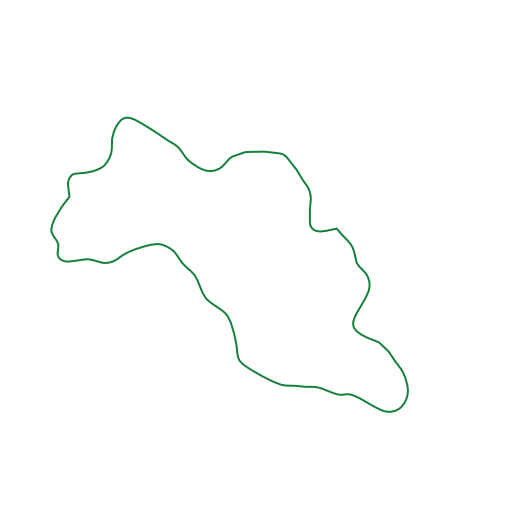 Los Alcarrizos, Santo Domingo, Dominican Republic (Albers equal-area conic projection), rotated 209°
{"feature_id": "3306468B82844411676159", "entity_name": "Los Alcarrizos", "entity_type": "district", "adm_level": 2, "iso_a3": "DOM", "parent_name": "Dominican Republic", "parent_adm1": "Santo Domingo", "projection": "albers", "projection_center": [-70.036, 18.529], "detail": "fine", "context": "isolated", "style": "outline", "palette": "green", "viewbox_px": 512, "rotation_deg": 209, "n_neighbors": 0, "source": "geoboundaries", "source_scale": "gbopen_adm2", "svg_char_len": 2414}
<svg xmlns="http://www.w3.org/2000/svg" viewBox="0 0 512 512"><g transform="rotate(209 256 256)"><path d="M447.9,217.4L449.7,205.2L450.2,191.7L449.3,184.2L447.8,179.8L446.4,177.9L443.1,175.4L437.9,172.9L435.0,170.8L433.1,167.7L431.0,162.5L430.1,161.0L428.8,159.7L427.1,158.8L425.3,158.2L421.4,158.4L418.0,159.8L413.1,163.1L403.5,170.5L399.1,172.7L387.2,175.6L385.2,176.4L381.7,178.6L378.8,181.5L376.4,184.8L372.8,192.4L369.2,198.0L364.9,203.3L358.5,210.1L353.5,214.8L348.0,218.7L343.7,220.4L339.3,221.0L334.8,221.0L330.4,220.3L326.4,218.8L317.4,214.2L313.2,212.9L304.7,210.9L300.5,209.5L295.1,206.1L285.3,198.2L279.9,195.0L277.7,194.2L273.4,193.3L257.8,191.7L253.5,190.5L251.4,189.5L245.8,185.6L237.6,177.6L230.1,168.9L224.1,160.4L221.6,157.8L219.7,156.6L217.7,155.7L213.1,154.7L205.5,154.1L192.3,153.9L181.6,154.3L173.8,155.2L171.3,155.7L167.0,157.2L157.9,161.9L149.9,165.3L142.6,169.2L138.9,170.8L134.2,172.0L122.5,173.5L118.1,174.3L114.4,175.7L109.1,179.5L105.4,180.9L101.2,181.5L96.6,181.8L79.7,181.6L72.5,181.8L67.9,182.6L65.6,183.4L62.0,185.5L58.9,188.4L56.6,192.0L55.8,194.1L55.0,198.5L55.0,203.0L55.9,207.4L57.7,211.7L60.4,215.6L63.5,219.0L66.9,222.3L70.6,225.2L74.6,227.6L82.6,231.1L93.6,236.7L106.6,240.1L118.6,238.5L126.0,238.3L130.7,238.9L132.9,239.5L135.0,240.5L136.8,241.9L138.2,243.8L139.1,245.8L140.0,250.2L140.2,254.9L139.8,272.5L140.5,280.0L142.0,284.7L144.7,288.8L148.3,292.1L150.4,293.4L152.6,294.4L161.1,297.0L164.8,299.0L172.7,307.8L176.4,310.8L178.5,312.0L182.6,313.7L191.4,316.4L198.7,319.1L206.5,312.3L211.3,308.8L214.8,307.3L216.7,307.0L218.7,307.0L220.6,307.5L222.4,308.4L223.8,309.7L224.9,311.1L231.4,322.7L235.6,332.3L237.9,335.8L240.7,338.8L244.0,341.3L251.8,345.1L262.5,351.2L277.2,357.4L280.8,358.1L282.7,357.9L286.1,356.8L299.1,351.4L313.0,343.4L316.1,341.3L325.0,331.3L326.5,328.0L328.7,318.3L330.4,314.6L333.0,311.3L334.5,309.9L338.0,307.6L340.1,306.8L344.5,305.8L349.0,305.5L355.8,305.9L360.3,306.6L364.6,307.8L373.7,312.3L377.7,313.6L382.0,314.2L388.4,314.3L408.2,316.0L420.5,316.5L427.5,316.5L431.9,315.9L434.0,315.3L435.9,314.4L437.7,313.1L439.1,311.2L440.0,309.2L440.9,304.9L441.0,300.2L440.5,295.5L438.6,288.5L433.9,279.5L432.4,275.5L431.7,271.1L431.7,266.7L432.4,262.2L433.1,260.1L434.2,258.0L436.8,254.3L439.9,250.9L445.0,246.5L454.5,240.0L455.7,238.6L456.5,236.9L457.0,233.1L456.1,229.4L454.2,226.0L447.9,217.4Z" fill="none" stroke="#15803d" stroke-width="2"/></g></svg>